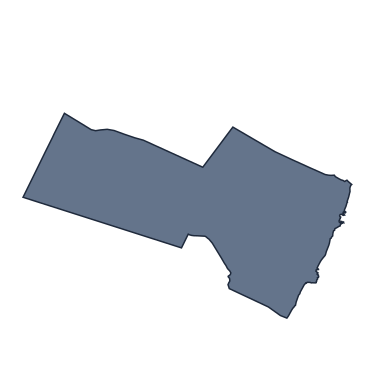 outline of Lotofaga, Atua, Samoa, rotated 295°
{"feature_id": "51752279B14441590630946", "entity_name": "Lotofaga", "entity_type": "district", "adm_level": 2, "iso_a3": "WSM", "parent_name": "Samoa", "parent_adm1": "Atua", "projection": "natural_earth1", "projection_center": [-171.572, -14.0], "detail": "fine", "context": "isolated", "style": "filled", "palette": "slate", "viewbox_px": 384, "rotation_deg": 295, "n_neighbors": 0, "source": "geoboundaries", "source_scale": "gbopen_adm2", "svg_char_len": 2200}
<svg xmlns="http://www.w3.org/2000/svg" viewBox="0 0 384 384"><g transform="rotate(295 192 192)"><path d="M117.8,331.3L120.6,331.8L126.9,332.2L129.2,332.5L130.7,333.0L132.6,333.3L132.9,333.7L136.3,332.9L143.5,332.2L145.4,332.7L147.2,332.4L151.9,332.7L155.2,332.9L156.9,333.4L157.6,334.1L157.9,333.7L159.1,335.0L159.6,336.5L160.0,337.1L160.0,338.5L160.5,339.2L161.8,342.3L162.4,342.9L163.2,342.5L164.1,342.7L164.9,342.2L166.3,342.6L167.4,341.9L168.1,342.7L169.3,342.4L169.6,341.6L170.2,341.5L170.5,340.0L171.9,340.4L172.0,339.2L172.6,338.5L172.6,337.8L174.0,337.5L175.2,339.4L175.5,339.2L175.9,337.5L178.3,337.5L182.6,337.7L184.6,337.9L187.3,338.5L190.6,339.4L191.9,339.4L194.8,338.9L201.5,338.5L203.5,338.2L208.2,337.0L208.8,337.6L210.4,337.6L211.7,338.1L212.5,337.7L214.7,337.0L216.8,336.7L217.5,337.4L219.3,337.0L220.4,338.0L223.2,339.9L223.8,340.6L224.9,340.3L226.6,340.8L227.2,341.5L228.1,341.6L228.2,342.5L228.9,342.0L228.2,340.8L228.6,340.3L228.3,339.3L227.0,340.4L226.5,339.8L227.1,338.0L228.4,337.4L229.3,337.6L229.8,337.3L230.7,337.6L231.4,337.2L232.1,337.4L232.4,336.2L232.9,335.8L234.2,335.8L235.0,336.8L234.7,338.9L235.6,340.0L236.5,337.8L237.6,337.7L237.5,339.0L237.9,339.8L238.8,339.9L239.1,339.0L238.9,338.1L240.5,337.7L243.9,337.6L247.7,337.0L248.5,337.2L249.0,336.6L253.7,336.1L258.0,335.2L259.0,335.1L262.1,333.5L262.9,333.3L265.1,333.1L266.3,333.6L267.6,328.9L268.2,327.6L268.0,327.2L266.1,326.0L266.3,323.7L266.0,322.2L266.1,319.7L266.5,315.4L267.4,313.9L265.8,310.9L265.0,308.8L264.1,305.3L263.8,288.0L263.6,269.2L263.6,250.1L268.1,201.6L258.7,199.6L246.1,197.0L219.0,191.3L218.4,126.0L216.9,117.0L215.7,105.9L214.8,95.4L213.0,88.7L209.5,82.7L206.8,78.7L205.9,74.3L209.4,43.1L186.6,42.5L182.2,42.5L166.7,42.1L139.9,41.6L115.8,41.1L125.4,116.0L136.9,206.1L152.2,206.4L152.1,207.5L152.5,210.0L153.3,212.5L154.4,214.9L157.4,222.4L157.3,223.8L156.7,225.8L156.5,227.1L154.3,231.9L144.6,246.5L140.9,251.8L139.9,253.6L137.6,256.6L136.4,259.6L135.2,261.3L134.1,261.6L133.0,261.5L130.9,260.4L130.4,260.7L129.6,262.5L128.1,263.5L127.0,263.9L125.3,263.7L123.2,263.8L122.3,264.7L120.2,266.6L120.1,309.8L117.4,324.3L117.8,331.3Z" fill="#64748b" stroke="#1e293b" stroke-width="1.5"/></g></svg>